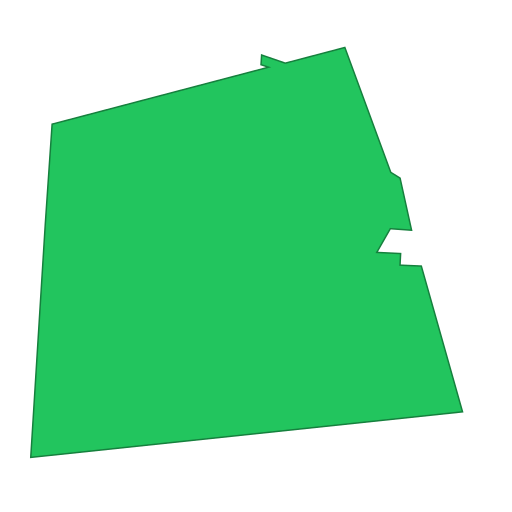 Heard, Georgia, United States of America, rotated 273°
{"feature_id": "52423323B5614253724066", "entity_name": "Heard", "entity_type": "district", "adm_level": 2, "iso_a3": "USA", "parent_name": "United States of America", "parent_adm1": "Georgia", "projection": "albers", "projection_center": [-85.075, 33.279], "detail": "fine", "context": "isolated", "style": "filled", "palette": "green", "viewbox_px": 512, "rotation_deg": 273, "n_neighbors": 0, "source": "geoboundaries", "source_scale": "gbopen_adm2", "svg_char_len": 383}
<svg xmlns="http://www.w3.org/2000/svg" viewBox="0 0 512 512"><g transform="rotate(273 256 256)"><path d="M111.2,470.4L254.6,421.6L254.4,400.3L266.0,400.3L265.9,376.4L290.3,388.7L289.9,410.0L341.3,395.8L346.6,386.2L468.9,333.8L450.1,275.1L457.0,251.1L447.3,251.0L445.2,258.7L377.0,45.5L276.6,43.9L43.1,41.6L111.2,470.4Z" fill="#22c55e" stroke="#15803d" stroke-width="1.5"/></g></svg>